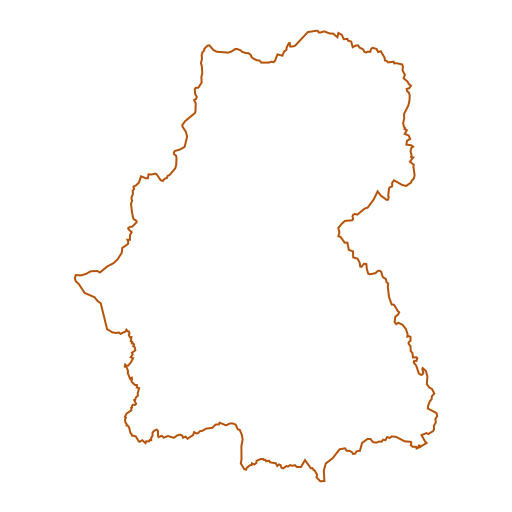 Maevatanana, Betsiboka, Madagascar (Mercator projection)
{"feature_id": "10022922B61824869015313", "entity_name": "Maevatanana", "entity_type": "district", "adm_level": 2, "iso_a3": "MDG", "parent_name": "Madagascar", "parent_adm1": "Betsiboka", "projection": "mercator", "projection_center": [47.013, -17.22], "detail": "fine", "context": "isolated", "style": "outline", "palette": "amber", "viewbox_px": 512, "rotation_deg": 0, "n_neighbors": 0, "source": "geoboundaries", "source_scale": "gbopen_adm2", "svg_char_len": 5994}
<svg xmlns="http://www.w3.org/2000/svg" viewBox="0 0 512 512"><path d="M420.9,446.4L426.6,443.0L425.1,441.6L421.5,435.1L426.5,433.1L428.3,434.1L433.0,431.1L434.0,429.4L433.9,425.7L435.8,422.5L435.4,419.0L437.2,416.2L436.6,413.2L427.9,408.5L428.0,406.0L429.8,401.3L431.6,399.2L431.9,396.2L434.3,393.6L431.9,388.9L429.4,387.6L426.8,384.2L427.4,376.6L425.9,370.9L422.7,368.1L422.3,369.0L423.4,372.8L422.6,374.2L421.2,375.0L418.8,373.5L416.4,366.0L413.7,362.4L414.2,360.8L416.5,360.9L417.3,358.0L416.4,357.3L412.9,357.5L412.5,353.1L410.7,350.9L410.5,346.2L408.5,343.7L408.8,342.2L410.5,340.7L410.5,337.0L409.3,336.2L407.3,336.6L407.6,334.2L406.0,329.2L402.5,324.7L398.3,322.8L396.2,324.1L394.6,322.0L395.3,316.7L398.0,314.7L399.2,312.3L397.7,311.0L394.1,304.8L391.7,304.5L389.0,297.0L387.8,286.8L388.2,283.5L386.5,282.2L385.9,279.0L382.8,277.2L381.2,271.9L379.7,270.7L377.9,270.9L375.4,273.2L369.8,274.3L368.2,273.7L366.8,268.9L366.4,264.1L364.0,263.8L361.5,266.8L360.3,266.6L359.6,262.5L357.6,258.7L353.2,257.4L353.0,251.4L348.8,249.9L347.4,242.7L344.7,242.7L340.5,236.9L338.4,236.3L339.4,232.2L338.3,228.0L342.0,223.5L344.9,220.9L352.1,220.3L353.1,219.2L352.5,216.3L353.2,214.8L354.6,214.0L357.4,214.6L364.5,208.7L367.7,207.6L373.8,199.3L377.6,191.4L380.8,195.6L386.6,199.8L387.9,199.8L388.8,197.5L388.2,195.9L389.0,188.5L389.7,187.4L392.1,186.4L392.2,182.7L394.0,180.3L402.4,185.1L406.2,185.9L411.1,182.5L411.5,180.9L413.9,178.5L414.6,175.0L413.4,166.8L413.8,164.8L409.9,161.7L413.2,157.5L411.1,157.0L411.6,155.2L410.5,151.5L411.4,147.9L413.1,146.7L411.3,145.3L406.4,144.6L407.0,140.8L410.1,139.0L408.7,135.5L404.7,133.9L406.8,130.2L404.5,129.1L405.1,128.1L403.9,126.6L403.1,123.4L404.2,118.3L404.1,113.9L408.3,105.6L409.5,100.5L409.7,95.3L408.8,92.6L407.0,91.1L406.7,88.9L409.1,88.3L411.0,85.7L408.9,84.2L407.6,81.6L403.6,78.3L404.9,74.9L402.5,70.4L403.0,66.8L402.1,64.4L396.5,63.2L394.2,63.4L393.7,61.7L388.1,62.4L386.6,60.9L384.9,60.5L384.6,57.7L380.7,51.2L378.2,52.0L376.5,48.9L372.4,47.8L371.2,49.0L370.3,51.8L367.5,51.7L366.3,52.5L364.5,52.0L363.0,49.3L359.6,47.6L358.1,45.4L355.7,45.6L352.7,47.2L351.2,41.6L348.0,40.6L347.4,38.9L343.8,39.2L341.8,34.8L338.4,33.0L337.4,37.2L333.1,33.6L329.8,33.5L324.2,31.4L320.0,32.6L318.6,32.4L318.0,31.1L316.9,30.7L307.8,32.1L295.2,45.6L293.6,46.3L290.3,46.6L289.7,43.0L288.9,43.1L286.6,47.6L286.5,49.7L284.1,51.6L282.4,55.7L277.5,54.4L274.9,61.1L273.4,62.2L271.4,61.7L268.9,62.6L261.3,62.6L259.5,60.6L256.6,60.2L252.9,58.3L251.5,57.0L250.7,54.8L248.3,53.1L246.1,53.2L242.0,51.8L240.8,50.4L237.1,49.0L235.5,48.9L231.1,51.7L228.1,52.6L216.6,51.7L213.4,50.0L209.3,45.3L207.6,45.6L204.3,48.8L204.2,50.5L202.4,52.3L201.7,55.2L202.0,59.0L200.9,63.1L201.8,66.0L202.3,73.4L201.4,76.5L201.6,82.6L198.4,87.6L195.6,87.9L194.8,89.2L195.1,93.9L196.8,96.9L196.1,98.9L194.1,100.1L195.7,103.3L195.5,111.2L194.9,113.0L185.2,121.1L182.3,125.0L182.5,126.6L185.9,131.8L187.1,136.6L184.7,146.8L179.6,149.7L175.1,150.9L173.8,152.5L174.1,154.2L176.1,155.8L176.5,158.1L176.2,165.0L175.3,168.2L169.8,174.8L167.6,175.9L166.9,178.0L164.6,178.8L162.8,181.0L160.6,180.1L156.7,174.3L155.3,173.6L151.4,174.5L148.6,174.3L147.8,178.3L145.6,178.2L141.1,176.3L138.9,182.6L136.1,185.3L133.5,186.6L134.1,188.9L132.7,190.7L133.0,193.6L131.4,197.9L132.1,201.0L131.0,203.6L132.0,212.4L133.4,218.9L136.3,220.7L136.7,222.2L132.2,226.7L130.0,226.9L128.2,228.2L128.5,229.3L131.7,232.2L130.0,235.1L129.9,239.8L127.4,239.8L128.3,242.0L128.0,244.0L122.3,247.9L121.7,252.9L117.5,259.4L113.3,263.3L107.5,266.3L99.9,272.5L97.3,271.0L90.7,271.3L86.4,273.7L81.2,275.4L75.8,275.1L74.8,278.1L75.7,281.1L78.8,284.1L84.7,293.0L94.5,297.2L97.7,301.2L100.7,303.2L107.1,329.2L112.5,332.4L116.0,333.0L119.0,332.5L120.5,333.9L125.5,331.5L126.4,329.7L127.8,331.4L128.9,331.5L129.5,333.7L128.8,335.1L130.1,337.4L131.4,337.1L130.8,341.2L132.1,341.7L131.8,343.4L133.3,343.5L134.1,344.6L133.2,346.0L134.8,347.3L135.3,350.4L131.9,352.7L132.7,354.5L130.7,357.2L133.1,358.3L130.8,362.5L128.2,365.6L126.2,365.7L125.2,364.6L124.8,366.7L126.2,366.8L127.1,368.5L128.1,371.4L127.7,372.9L130.0,378.6L131.8,377.7L132.0,379.3L131.2,380.2L131.8,382.0L134.9,384.9L137.0,385.1L136.7,387.4L139.1,388.2L137.7,393.3L137.9,395.6L135.9,397.5L135.1,399.9L134.2,400.1L136.1,403.8L134.8,405.0L133.0,404.6L132.0,405.8L132.1,407.5L131.1,407.9L131.4,410.3L126.6,413.5L124.9,416.9L125.9,417.7L125.0,419.4L125.3,422.2L126.7,424.3L126.6,425.4L127.6,425.5L129.1,427.5L130.5,433.2L131.6,434.0L131.9,435.5L135.7,436.3L138.9,441.5L139.5,441.8L142.2,440.2L145.5,443.1L146.2,441.3L149.1,441.4L149.7,440.0L151.2,440.2L151.2,437.8L152.6,435.7L152.5,432.7L154.1,430.8L156.8,429.6L158.0,431.0L157.9,435.9L158.6,437.1L161.8,435.8L163.8,437.7L168.0,436.0L173.9,437.8L177.4,435.3L180.1,434.7L182.3,435.6L183.0,437.7L185.7,436.7L187.5,438.8L193.1,435.0L194.2,432.1L196.5,433.5L198.1,433.1L199.9,431.2L202.3,430.8L206.2,428.6L212.3,427.9L215.6,424.6L218.9,424.4L219.6,422.7L226.0,425.3L230.2,423.4L233.0,423.5L235.7,424.7L237.8,429.4L239.7,429.8L242.0,435.2L242.6,439.6L241.4,446.2L241.5,459.3L240.8,463.4L244.2,469.1L246.0,469.7L246.7,468.0L249.7,465.4L251.6,465.0L251.9,463.4L254.3,464.5L256.3,463.0L256.5,461.1L257.2,460.5L260.8,459.0L263.4,459.1L263.6,459.8L265.4,459.9L266.2,461.3L269.1,460.7L270.0,462.3L275.8,463.3L277.3,466.0L279.1,464.4L280.5,465.1L281.5,467.7L283.3,468.4L286.4,466.0L288.0,466.6L290.1,465.1L292.4,465.8L295.0,465.2L296.7,466.9L300.9,467.1L305.0,460.1L310.9,468.3L312.5,468.2L313.6,470.1L314.6,470.4L317.1,474.7L316.5,477.4L320.3,481.3L324.4,481.0L323.8,470.7L325.8,463.4L332.5,458.4L339.6,449.3L345.0,448.3L346.6,450.8L349.8,450.9L352.1,452.3L353.1,454.0L355.1,453.7L356.5,451.3L359.9,450.8L362.1,442.9L367.6,438.9L370.5,439.0L373.1,442.2L376.4,442.6L378.8,441.6L381.7,441.6L383.1,439.7L385.4,440.2L387.2,437.0L389.7,438.0L391.8,436.4L396.1,436.9L404.6,441.3L410.7,441.8L411.3,442.7L410.8,445.3L412.8,446.8L416.2,446.8L416.6,448.5L419.6,447.2L418.5,446.6L419.1,445.4L420.9,446.4Z" fill="none" stroke="#b45309" stroke-width="2"/></svg>